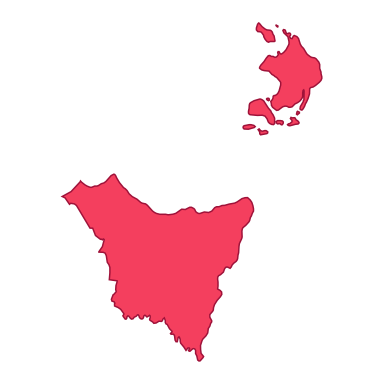 the district of Kokopo District, East New Britain, Papua New Guinea
{"feature_id": "67681753B40757041944416", "entity_name": "Kokopo District", "entity_type": "district", "adm_level": 2, "iso_a3": "PNG", "parent_name": "Papua New Guinea", "parent_adm1": "East New Britain", "projection": "robinson", "projection_center": [152.359, -4.313], "detail": "fine", "context": "isolated", "style": "filled", "palette": "rose", "viewbox_px": 384, "rotation_deg": 0, "n_neighbors": 0, "source": "geoboundaries", "source_scale": "gbopen_adm2", "svg_char_len": 5985}
<svg xmlns="http://www.w3.org/2000/svg" viewBox="0 0 384 384"><path d="M114.6,306.0L118.1,307.5L120.7,309.3L123.8,313.6L123.8,314.4L122.9,315.8L123.4,316.7L125.2,319.1L126.1,319.1L126.7,318.4L126.9,317.0L127.9,315.8L128.6,316.0L130.5,318.4L131.5,319.1L133.0,318.8L134.2,317.2L136.3,316.2L137.5,314.8L138.2,314.8L139.0,316.0L139.4,317.4L140.5,318.6L141.5,319.0L142.6,318.8L143.4,317.8L143.8,316.0L144.9,315.2L145.7,315.7L146.7,316.9L147.2,316.9L149.6,315.3L150.2,316.0L150.2,317.7L149.6,319.3L150.0,320.3L152.6,321.9L153.8,323.3L156.1,323.0L159.0,321.2L161.5,321.4L162.4,320.7L162.8,319.3L164.3,317.9L165.3,320.5L165.3,322.6L166.1,324.0L167.2,324.4L169.5,328.7L172.0,331.3L172.0,332.0L170.5,333.5L171.0,334.2L173.5,334.2L174.5,335.6L175.1,340.1L176.0,341.7L177.3,341.7L178.1,337.7L178.7,337.0L179.3,337.0L180.2,339.4L180.2,341.3L180.7,343.2L183.9,347.1L186.0,350.4L187.9,348.0L189.1,347.9L189.6,348.8L188.5,350.5L189.2,351.2L190.0,351.2L192.7,348.8L193.7,348.6L194.8,349.0L195.6,350.4L195.6,353.6L196.8,355.9L197.7,360.0L199.0,361.0L200.2,360.8L203.0,357.6L203.6,356.5L201.1,353.4L200.6,349.6L200.5,345.4L202.1,340.4L202.9,339.0L205.9,335.9L207.7,333.0L208.3,328.5L209.8,326.2L210.6,323.5L211.7,321.9L211.7,320.7L209.8,317.2L209.8,314.6L212.7,311.2L213.3,310.0L213.5,307.7L214.5,304.6L217.2,300.3L220.4,296.7L221.8,294.4L221.6,292.0L220.1,290.4L217.6,289.0L218.0,286.1L218.0,282.1L217.6,279.0L217.8,276.9L218.6,275.7L220.5,274.7L223.4,272.1L224.7,268.5L226.1,267.1L227.6,267.1L230.1,268.3L231.3,266.9L232.0,265.2L233.6,263.3L236.1,261.4L237.0,260.2L237.6,258.8L238.0,255.0L238.6,252.9L239.0,246.2L239.4,243.6L241.7,238.6L242.1,237.0L241.9,231.1L242.3,228.9L242.9,227.7L246.0,225.1L248.8,222.0L249.6,220.6L250.4,217.5L251.4,215.9L252.3,213.3L253.5,211.1L253.5,208.8L252.9,205.7L251.8,202.4L250.2,200.0L247.6,197.6L245.1,197.7L242.0,198.6L237.2,201.9L234.7,203.1L229.1,204.1L224.9,205.3L222.0,205.5L219.1,206.7L216.4,206.8L214.7,207.7L211.8,211.1L208.7,212.5L204.3,212.0L199.8,213.5L198.4,213.4L197.0,212.7L195.7,211.6L194.7,209.4L193.8,208.5L191.5,207.3L189.7,207.3L185.3,209.5L181.7,209.2L175.9,213.3L173.0,214.2L168.2,214.8L165.7,214.3L159.8,214.3L156.3,213.4L154.4,212.4L152.5,211.0L147.3,205.2L145.6,203.9L142.3,203.2L140.8,202.5L137.0,199.2L132.2,196.6L129.1,193.8L127.1,190.6L125.3,188.8L123.5,187.6L119.5,182.7L116.8,178.2L115.5,175.4L114.6,174.4L113.8,174.2L111.1,175.6L105.9,181.5L103.8,183.0L101.3,183.7L98.4,185.6L96.9,186.1L94.6,186.1L91.7,187.3L90.1,187.3L87.1,186.1L85.0,184.9L81.7,182.3L80.5,181.0L80.2,181.8L71.1,191.6L62.2,196.5L65.1,197.9L69.5,204.3L70.7,203.3L74.4,203.9L76.5,205.5L90.0,228.1L92.7,228.2L95.5,235.5L100.4,239.3L101.1,239.1L102.3,239.8L102.5,239.4L103.5,239.0L104.2,239.6L102.4,246.6L98.9,251.7L98.9,252.1L103.2,252.3L105.1,253.1L106.3,255.7L107.3,262.3L108.9,264.6L109.9,267.5L109.9,272.9L109.3,279.7L117.1,280.8L117.1,281.8L116.0,285.5L115.9,287.1L115.7,289.9L116.2,291.1L116.1,291.8L113.8,294.4L113.1,294.8L111.4,299.3L111.9,301.1L114.1,301.8L114.9,303.2L114.5,303.7L114.6,306.0ZM286.6,33.4L286.0,32.4L285.4,30.5L284.8,29.8L283.5,29.6L282.9,30.5L283.9,32.9L287.9,36.7L289.0,41.6L289.0,43.8L288.5,45.2L286.1,49.7L284.0,52.1L282.3,53.5L281.3,54.0L280.2,53.8L279.0,51.6L278.1,51.6L277.7,52.6L278.3,54.7L277.1,56.4L276.1,57.1L274.8,57.3L273.1,56.4L271.3,56.4L269.8,55.5L268.3,55.7L266.3,58.1L264.0,61.6L260.8,65.2L259.6,67.3L259.6,68.3L261.7,69.9L264.2,70.6L269.0,71.1L271.9,74.4L274.0,75.6L274.9,76.5L276.7,77.5L280.3,81.7L280.7,82.6L280.7,85.0L279.1,90.9L278.0,93.1L276.8,94.5L275.1,95.5L274.1,95.5L273.2,96.2L273.0,98.1L272.4,99.5L270.8,101.4L271.4,104.0L271.4,105.2L272.6,107.3L276.6,110.4L278.3,110.1L282.7,106.8L285.0,106.1L287.0,106.3L288.9,107.3L290.6,107.2L292.1,106.8L295.0,103.9L297.5,102.7L299.8,101.1L301.4,99.2L302.3,97.7L302.7,96.3L302.7,92.5L303.1,90.4L303.7,89.9L304.1,90.9L303.9,99.9L303.3,100.8L303.3,101.5L300.4,106.5L300.0,108.9L300.4,109.6L301.9,110.1L303.1,108.9L304.6,106.2L305.6,103.4L306.2,102.7L308.1,98.4L309.5,93.9L309.7,88.5L310.8,87.5L313.1,87.0L315.6,85.4L319.3,82.3L321.0,80.4L321.8,78.5L321.8,76.8L321.0,73.5L321.0,72.1L319.7,68.5L319.7,64.5L318.8,62.1L316.1,58.8L314.7,57.9L311.7,57.4L310.3,56.7L307.8,54.8L306.7,53.7L303.6,48.5L301.5,46.3L300.2,44.0L298.5,38.5L296.9,36.6L294.2,35.5L293.3,36.2L292.1,38.6L290.6,38.3L289.8,37.1L289.8,36.2L290.6,35.0L290.6,34.1L289.8,33.1L288.7,33.1L288.1,33.6L286.6,33.4ZM273.1,114.9L271.4,112.5L270.8,110.9L268.3,108.0L263.7,100.9L262.2,99.8L260.7,99.1L259.5,99.1L254.1,100.7L250.5,102.7L249.7,103.6L249.3,105.0L249.1,108.3L248.5,111.2L248.5,113.1L249.3,114.3L250.1,114.7L257.4,115.4L262.2,115.2L265.0,116.1L267.0,118.7L268.3,122.0L269.6,123.4L271.6,124.4L273.5,124.6L274.6,123.6L274.6,118.2L273.1,114.9ZM270.2,41.5L274.3,41.5L275.0,41.0L274.1,36.0L272.9,34.1L272.3,32.1L271.2,30.8L270.4,30.3L266.8,29.9L264.9,28.9L262.0,26.6L259.3,23.3L258.6,23.0L257.6,24.2L256.4,28.0L256.4,29.9L257.8,31.6L260.3,31.8L261.4,32.3L263.5,35.1L263.9,37.0L265.2,39.4L267.0,41.5L268.5,42.2L270.2,41.5ZM291.0,117.4L290.4,118.6L291.9,120.3L292.1,121.0L291.9,121.9L289.8,123.6L288.6,123.8L287.5,124.6L287.7,125.0L289.0,125.7L290.2,125.7L295.4,124.3L298.1,124.0L299.0,123.1L299.0,122.4L297.9,121.0L296.1,119.8L295.0,117.9L294.2,117.7L292.5,117.9L291.0,117.4ZM248.5,129.2L254.3,127.5L255.2,126.6L253.9,125.4L251.0,124.7L249.1,124.7L244.1,125.7L243.3,126.4L243.1,127.8L244.1,129.0L248.5,129.2ZM262.3,131.3L260.6,130.6L259.1,128.9L258.1,129.6L259.6,131.8L259.8,133.9L260.6,134.8L266.9,133.6L267.7,132.9L267.7,131.7L266.0,130.6L264.6,130.6L262.3,131.3ZM283.1,123.6L283.3,122.0L282.5,121.0L280.4,120.6L277.5,120.6L276.2,121.5L276.4,122.9L277.5,123.9L280.0,123.6L281.3,124.8L282.1,124.8L283.1,123.6ZM299.4,113.1L299.4,112.2L297.5,111.3L297.1,111.7L296.5,114.1L297.3,114.8L299.4,113.1ZM269.3,100.2L269.3,99.0L268.7,98.3L267.2,98.3L266.6,98.8L266.6,99.3L267.2,100.0L268.5,100.7L269.3,100.2ZM277.9,26.8L277.9,26.0L276.2,25.1L276.0,25.6L277.4,27.0L277.9,26.8Z" fill="#f43f5e" stroke="#9f1239" stroke-width="1.5"/></svg>